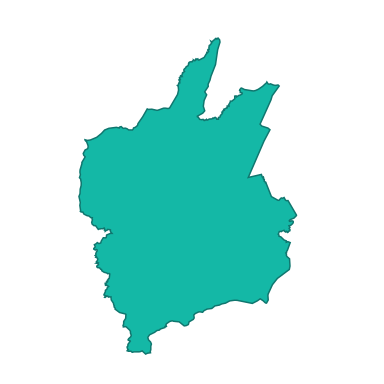 outline of Bolikhanh, Bolikhamxai, Laos, rotated 248°
{"feature_id": "54806243B38161899142036", "entity_name": "Bolikhanh", "entity_type": "district", "adm_level": 2, "iso_a3": "LAO", "parent_name": "Laos", "parent_adm1": "Bolikhamxai", "projection": "equal_earth", "projection_center": [103.824, 18.646], "detail": "fine", "context": "isolated", "style": "filled", "palette": "teal", "viewbox_px": 384, "rotation_deg": 248, "n_neighbors": 0, "source": "geoboundaries", "source_scale": "gbopen_adm2", "svg_char_len": 5904}
<svg xmlns="http://www.w3.org/2000/svg" viewBox="0 0 384 384"><g transform="rotate(248 192 192)"><path d="M65.5,78.3L63.4,83.7L63.3,86.3L59.1,88.3L59.2,90.4L58.5,93.3L59.7,93.5L61.2,94.7L64.6,96.1L66.2,97.4L68.4,97.4L71.2,96.3L73.5,96.5L74.1,97.0L75.5,99.2L75.9,104.8L76.7,107.5L76.2,110.1L76.8,111.3L76.5,116.1L77.3,116.5L76.9,117.4L77.0,118.0L78.4,117.9L79.4,118.9L80.3,122.8L80.0,125.4L79.1,126.4L76.4,131.5L70.8,134.6L70.3,136.6L70.5,139.0L72.7,140.6L73.4,145.5L74.4,146.8L77.3,147.6L78.1,149.5L78.3,153.3L77.9,154.5L76.5,156.8L77.5,158.7L77.8,162.1L76.6,166.7L77.8,170.6L76.9,175.0L77.1,177.6L76.4,181.5L76.9,186.2L75.7,190.9L74.7,193.2L66.1,206.2L66.6,211.8L67.4,215.2L64.4,217.3L62.1,218.3L61.2,219.0L61.1,219.5L63.3,222.2L67.6,223.6L68.9,224.4L75.9,231.8L79.9,238.8L83.7,253.2L86.6,255.1L93.5,257.4L96.7,255.8L98.1,255.8L99.1,256.4L100.3,256.1L100.8,257.3L101.5,257.5L102.2,258.6L108.3,264.1L110.1,262.2L110.1,260.6L111.4,261.1L113.0,259.4L117.1,257.6L118.4,256.1L119.6,256.5L120.5,256.1L122.6,258.1L122.3,259.3L121.8,259.9L122.1,261.1L122.0,263.0L120.8,263.1L119.8,263.9L120.3,264.5L120.2,264.9L118.7,265.4L118.7,266.0L119.5,266.8L119.3,268.0L120.1,268.7L121.8,268.4L122.4,269.5L124.4,269.3L124.1,271.0L124.9,273.3L125.6,274.3L126.6,274.8L127.2,274.7L127.9,273.8L127.9,271.9L128.3,271.4L128.9,271.4L129.6,272.7L129.6,276.8L131.0,280.0L131.5,280.2L148.1,277.8L148.6,276.3L149.5,275.6L152.4,275.3L152.2,273.7L152.9,272.9L152.9,271.9L151.7,269.6L152.1,268.6L158.0,263.9L172.2,264.0L172.9,263.6L173.3,264.1L174.9,263.0L176.3,263.7L176.7,263.7L176.9,263.1L178.4,263.2L178.4,263.7L179.2,263.8L179.1,263.2L179.5,262.8L182.3,262.9L184.4,249.6L212.3,277.9L220.5,287.6L222.8,286.4L227.0,281.4L229.4,280.5L247.8,299.7L251.2,302.4L257.6,312.5L259.0,311.9L259.5,309.6L260.4,307.9L262.9,305.3L263.0,304.0L263.6,303.1L265.9,302.6L265.2,301.9L265.1,301.2L263.5,297.0L262.4,291.9L262.3,289.0L262.6,287.1L263.3,285.7L267.3,279.1L269.8,276.9L269.9,276.2L268.9,274.6L268.4,274.2L267.9,274.6L266.1,274.0L265.6,275.2L264.8,275.6L264.1,275.0L263.8,273.3L264.0,271.6L263.5,268.9L264.6,268.9L264.9,267.5L262.4,266.6L261.3,263.0L261.9,261.6L261.1,261.2L258.9,258.4L258.4,258.1L258.0,258.6L257.6,258.4L258.4,257.4L258.5,256.7L257.3,256.5L257.1,255.6L256.8,255.7L256.8,252.4L255.7,252.5L255.7,251.1L254.6,250.4L254.8,249.6L253.4,249.5L252.3,246.9L251.8,246.8L251.0,246.0L251.2,244.5L249.6,243.7L250.2,242.2L250.8,242.4L252.4,241.7L252.6,240.9L252.1,239.6L252.8,239.2L252.3,237.8L253.2,235.4L252.9,233.4L253.1,232.8L254.0,232.7L253.5,230.7L254.1,230.4L254.0,229.9L255.2,229.5L255.4,228.1L256.5,226.3L258.9,225.9L259.5,225.2L260.3,225.3L261.1,231.6L262.5,234.2L267.2,234.6L272.3,237.5L276.6,242.0L280.1,241.3L283.8,246.6L285.9,247.3L288.9,250.5L292.3,253.0L301.3,261.5L314.3,269.1L320.5,274.1L322.8,274.6L325.0,273.8L324.4,272.3L325.5,271.8L325.5,271.1L324.8,270.4L324.6,268.7L323.6,266.8L324.7,266.0L322.8,266.0L321.6,264.1L321.4,262.9L319.4,261.7L317.9,261.3L317.7,260.8L318.1,260.2L317.7,259.7L316.1,260.0L315.7,258.8L316.3,257.6L315.3,258.4L314.6,256.8L312.2,253.7L311.7,248.1L312.0,247.3L313.3,247.3L313.2,246.3L314.0,245.6L313.5,244.9L313.0,245.1L312.6,243.8L313.9,242.9L313.4,242.8L313.3,241.5L312.7,241.0L313.4,238.9L313.2,237.7L312.8,237.7L312.4,236.9L311.9,236.8L310.5,235.5L310.4,233.6L309.6,232.8L308.7,230.5L307.8,230.0L306.5,230.2L306.1,227.9L305.5,227.8L305.4,227.4L304.1,226.6L304.1,225.3L302.8,225.9L303.2,224.4L302.8,223.2L301.3,223.2L301.2,222.4L300.4,223.0L300.1,221.8L298.8,222.0L297.7,221.5L298.0,220.5L296.3,219.5L296.3,218.4L295.1,218.8L291.5,217.7L287.8,215.1L278.2,202.6L278.4,201.0L279.8,198.6L280.4,196.9L280.6,191.0L280.9,190.0L283.8,185.8L285.0,182.3L285.8,181.6L280.2,174.5L275.7,167.6L274.1,166.4L273.2,163.7L273.3,161.8L272.3,161.0L271.8,160.0L273.3,156.5L275.1,155.4L276.2,154.1L276.8,152.0L279.2,150.8L279.3,149.1L278.6,148.5L280.3,146.1L282.2,138.8L282.2,134.2L280.2,130.0L278.4,124.1L278.3,117.3L279.0,114.4L280.5,112.4L279.8,112.3L278.0,113.1L274.1,113.0L272.7,112.6L271.5,111.7L271.2,111.0L271.0,108.6L268.5,105.6L266.7,105.4L264.6,106.1L260.7,101.0L259.6,100.6L254.4,96.5L252.3,95.5L249.8,95.0L247.4,93.0L246.0,93.6L242.1,92.8L239.6,91.7L236.5,89.4L232.5,87.6L230.2,85.5L224.1,84.5L221.6,83.0L216.3,81.7L215.9,81.2L215.1,81.6L214.1,83.4L212.3,83.4L211.1,84.3L209.2,86.0L208.9,86.8L208.1,87.6L206.1,88.6L205.5,89.9L204.5,89.2L203.6,89.3L201.4,87.6L199.6,87.4L197.5,88.5L196.9,90.0L192.4,91.1L192.5,92.1L192.1,92.9L192.2,93.7L191.4,95.3L191.5,97.1L191.0,97.2L189.5,96.5L189.2,97.1L188.1,96.8L188.5,98.0L188.3,98.8L188.9,99.8L187.7,102.0L187.3,102.2L186.6,101.7L185.4,101.7L183.6,102.3L184.2,100.7L184.1,96.7L182.0,95.5L181.8,94.9L182.8,92.6L180.6,89.6L178.9,88.2L179.1,86.3L180.6,85.2L180.0,84.0L179.7,81.7L177.6,81.8L177.0,81.2L176.5,79.8L175.9,79.5L174.4,80.6L174.6,81.7L173.7,82.4L172.8,81.9L172.4,81.1L171.0,79.8L169.6,79.3L169.4,78.4L167.9,79.1L167.5,78.3L166.6,79.3L165.1,79.6L163.5,78.1L163.3,77.3L162.5,77.1L162.0,77.9L161.9,76.5L160.7,78.2L159.7,78.1L159.0,76.0L158.3,75.7L157.3,76.1L156.3,77.9L154.5,78.4L154.1,79.1L152.7,78.9L150.4,80.5L149.0,82.5L147.7,83.3L147.5,84.7L146.8,85.1L142.9,82.9L142.8,82.0L142.2,81.6L142.0,80.8L141.4,80.7L141.1,79.5L140.4,80.0L139.8,78.6L139.9,77.3L138.7,77.0L138.5,77.3L138.9,77.6L138.2,77.8L137.7,77.1L137.0,78.5L135.6,79.3L135.1,77.7L133.9,76.8L133.3,74.9L132.0,74.3L129.8,71.9L129.4,71.8L128.3,73.1L127.1,71.5L126.8,71.9L127.3,73.5L127.1,74.9L125.9,75.1L125.9,76.1L125.4,76.5L125.2,77.6L122.2,76.7L118.4,77.5L116.5,77.1L115.8,77.4L114.7,76.7L112.9,77.3L112.2,76.8L107.4,79.7L103.9,84.5L103.3,84.9L99.6,83.1L97.6,80.2L95.3,79.2L93.8,77.9L93.3,78.3L92.6,77.9L92.1,79.9L91.4,80.6L87.2,82.5L85.8,82.7L84.3,82.1L81.9,82.0L80.7,80.9L79.7,78.3L79.0,77.4L78.3,77.4L77.3,78.8L76.8,78.9L74.8,75.6L73.2,74.8L72.6,73.7L70.5,73.5L69.9,73.9L69.1,72.4L68.1,73.5L67.3,75.7L65.8,76.5L65.5,78.3Z" fill="#14b8a6" stroke="#0f766e" stroke-width="1.5"/></g></svg>